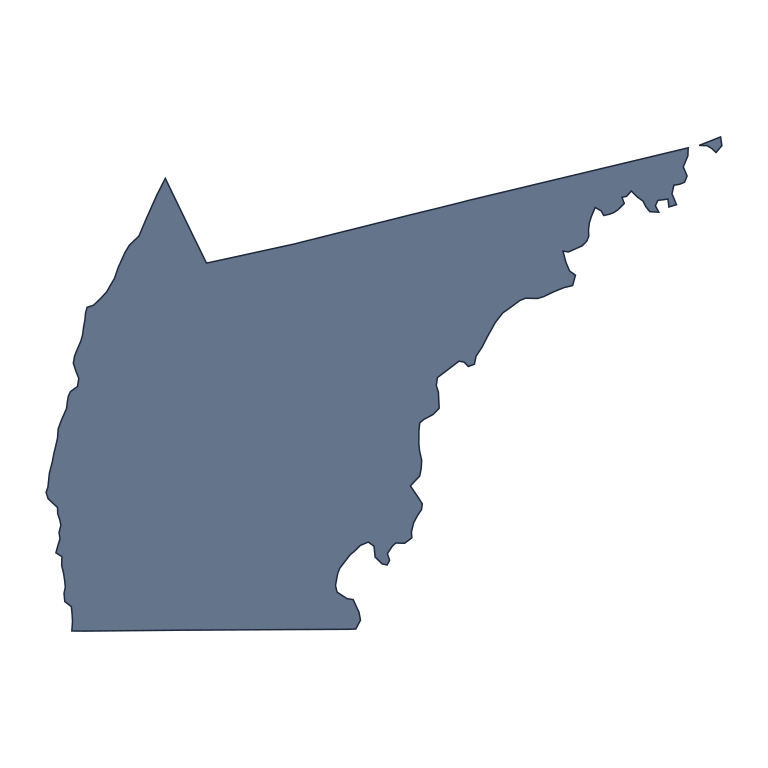 the district of Lago Verde, Maranhão, Brazil
{"feature_id": "56859067B93982504925722", "entity_name": "Lago Verde", "entity_type": "district", "adm_level": 2, "iso_a3": "BRA", "parent_name": "Brazil", "parent_adm1": "Maranhão", "projection": "robinson", "projection_center": [-44.838, -3.983], "detail": "fine", "context": "isolated", "style": "filled", "palette": "slate", "viewbox_px": 768, "rotation_deg": 0, "n_neighbors": 0, "source": "geoboundaries", "source_scale": "gbopen_adm2", "svg_char_len": 2304}
<svg xmlns="http://www.w3.org/2000/svg" viewBox="0 0 768 768"><path d="M688.2,147.8L468.5,200.4L460.2,202.6L435.3,208.8L429.5,210.2L412.6,214.3L325.4,236.1L294.2,244.0L206.5,263.1L191.8,233.1L165.3,178.4L156.7,195.3L146.0,219.3L138.9,236.1L133.6,241.1L129.3,245.3L125.0,252.4L118.3,267.3L114.4,278.5L110.2,285.6L106.8,291.7L101.1,297.9L93.6,305.2L87.1,307.3L85.5,313.1L85.0,319.4L83.5,327.6L82.6,334.9L80.9,340.9L77.4,349.0L74.6,355.9L73.3,363.2L76.1,371.7L78.8,378.5L77.5,386.5L70.5,391.5L68.3,396.3L67.3,402.1L66.6,408.3L64.2,413.8L61.1,420.9L58.2,428.8L57.5,438.2L55.7,446.1L53.9,453.3L52.3,461.9L49.4,473.0L47.9,487.2L46.1,492.4L48.1,498.7L53.6,503.9L57.5,507.5L57.7,513.7L59.8,519.8L60.9,525.4L59.0,532.4L60.0,538.7L57.7,546.2L55.9,552.8L61.9,556.6L61.7,565.7L63.5,573.0L64.7,580.8L65.3,587.2L64.0,593.4L64.8,601.6L71.3,606.6L72.0,612.7L72.5,621.6L71.8,631.0L85.0,631.1L181.7,630.2L285.7,629.6L348.3,629.3L355.8,629.0L360.5,620.2L359.0,612.2L356.1,606.0L353.2,599.6L347.0,598.6L337.1,592.1L335.5,585.5L337.7,573.6L339.5,568.6L350.1,554.8L354.8,550.9L360.5,545.3L368.3,542.1L374.0,546.2L375.1,557.1L382.1,563.9L387.2,565.0L389.6,560.3L387.4,553.7L392.0,546.6L395.8,543.0L404.6,543.3L411.9,537.8L411.4,532.1L413.7,522.7L417.6,515.4L421.5,509.6L422.3,503.9L418.6,498.0L414.4,491.8L410.4,485.9L419.7,476.0L421.2,468.5L421.7,460.4L419.5,450.4L418.9,444.1L418.9,431.2L419.7,423.0L423.9,419.4L433.2,414.4L439.2,408.2L438.4,392.0L436.3,385.6L437.4,377.6L441.6,374.4L459.0,361.2L464.1,362.1L468.3,366.5L474.4,364.2L476.1,356.1L482.0,347.3L487.2,337.1L495.3,322.5L502.8,312.9L510.3,307.6L519.9,300.5L525.6,298.2L537.3,298.5L543.5,296.7L552.6,292.3L557.6,290.2L564.1,287.6L572.6,285.6L575.5,275.2L569.7,271.1L565.9,262.3L563.0,251.1L568.4,252.0L575.5,248.8L582.3,245.8L586.8,241.1L588.8,236.1L588.5,230.2L589.3,223.1L591.4,216.4L595.2,207.5L601.2,210.9L603.7,215.5L609.2,214.3L613.7,212.6L617.8,209.9L624.3,203.5L622.0,197.3L626.6,196.4L631.3,191.0L637.3,197.0L643.0,201.1L645.8,206.7L649.8,211.7L658.8,212.2L655.4,205.8L657.9,200.4L668.0,199.1L668.9,207.0L676.5,204.7L672.0,193.8L673.9,185.2L679.6,184.3L684.6,182.2L687.1,176.0L683.3,166.9L687.9,155.8L688.2,147.8ZM716.0,152.5L721.9,145.7L720.6,136.9L699.1,145.4L707.1,145.7L711.8,148.5L716.0,152.5Z" fill="#64748b" stroke="#1e293b" stroke-width="1.5"/></svg>